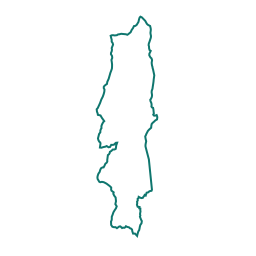 Teresina de Goiás, Goiás, Brazil (Robinson projection), rotated 351°
{"feature_id": "56859067B93645483356957", "entity_name": "Teresina de Goiás", "entity_type": "district", "adm_level": 2, "iso_a3": "BRA", "parent_name": "Brazil", "parent_adm1": "Goiás", "projection": "robinson", "projection_center": [-47.245, -13.693], "detail": "fine", "context": "isolated", "style": "outline", "palette": "teal", "viewbox_px": 256, "rotation_deg": 351, "n_neighbors": 0, "source": "geoboundaries", "source_scale": "gbopen_adm2", "svg_char_len": 3481}
<svg xmlns="http://www.w3.org/2000/svg" viewBox="0 0 256 256"><g transform="rotate(351 128 128)"><path d="M142.0,192.7L143.7,162.2L143.4,159.3L142.4,149.1L142.6,147.6L143.0,146.3L143.9,143.9L143.7,141.5L143.7,139.0L144.6,137.8L145.2,136.7L146.2,135.4L147.1,134.1L148.7,132.8L150.9,131.4L151.4,129.4L152.0,127.8L153.1,126.8L154.9,125.7L156.1,124.8L158.0,124.1L158.6,122.1L158.6,121.0L158.3,119.7L156.9,120.0L155.7,119.9L155.0,118.8L155.8,117.7L155.9,115.1L156.0,113.5L155.9,112.0L155.0,111.5L154.5,110.5L154.9,109.1L155.0,107.9L154.9,106.7L154.4,105.0L154.4,103.6L155.3,102.7L156.4,101.0L156.9,99.3L156.9,96.7L157.2,95.1L158.3,93.1L158.7,91.8L159.1,90.5L160.0,87.7L160.5,86.0L161.0,84.0L162.2,80.1L161.9,74.1L161.7,72.7L161.7,71.3L161.5,70.2L161.5,68.4L161.6,67.2L162.4,64.7L162.1,62.9L161.2,61.8L160.4,59.5L160.7,58.0L162.5,55.4L161.5,54.4L161.3,52.6L161.5,50.6L161.3,49.4L161.8,47.8L162.6,46.4L164.7,42.3L165.1,40.8L165.0,38.4L165.1,37.3L165.5,36.0L165.9,34.6L166.0,33.2L165.8,30.7L163.8,29.2L162.9,28.0L161.8,24.9L159.0,20.9L157.7,20.0L156.8,20.7L155.9,22.4L154.9,24.9L152.7,27.5L151.2,28.3L149.8,28.3L148.6,30.1L147.0,31.7L145.6,33.8L142.9,35.4L141.9,35.8L140.6,35.1L136.0,33.9L133.9,34.1L132.9,34.0L131.5,34.6L129.3,34.5L127.8,34.0L126.5,33.9L125.3,34.2L125.5,36.7L125.7,38.2L125.4,40.2L126.1,41.6L126.3,43.3L124.4,46.5L124.4,48.3L123.8,49.9L123.0,51.1L122.7,52.4L123.5,54.4L123.4,56.3L122.3,58.2L122.3,60.5L122.2,62.8L121.8,65.1L121.4,66.8L120.3,68.9L119.3,70.6L116.6,76.4L114.8,79.1L114.1,81.2L112.8,81.8L111.2,82.8L110.5,83.6L110.3,84.9L110.8,86.3L110.3,88.4L109.3,90.7L108.0,93.1L106.1,95.7L104.3,99.0L101.9,102.6L101.3,103.5L100.0,104.6L99.9,107.0L100.3,108.8L100.3,110.3L102.8,111.3L103.8,113.9L105.6,117.5L104.6,118.2L103.3,119.8L102.3,121.4L101.9,122.6L101.8,124.0L101.0,124.9L100.3,126.2L100.0,127.9L98.5,129.4L97.7,131.3L96.7,133.6L96.9,135.4L97.5,137.1L98.3,137.9L98.4,139.1L97.6,141.6L97.2,142.9L98.6,143.3L100.6,143.0L102.7,142.9L104.1,142.5L105.8,144.0L107.3,143.9L108.8,142.0L110.5,142.3L111.7,142.2L112.5,141.5L113.8,140.7L115.0,140.8L114.2,142.3L113.6,143.4L113.1,145.3L112.6,146.7L111.4,147.1L109.6,146.9L107.9,148.1L106.4,148.7L105.9,150.0L105.1,151.0L103.9,151.6L103.5,153.0L102.5,156.3L102.3,157.9L101.4,159.0L100.1,159.7L99.5,160.6L98.8,161.7L97.7,163.1L96.7,162.9L95.0,163.6L94.0,165.1L93.1,167.0L91.7,168.4L90.7,170.2L90.1,171.8L90.0,173.5L91.2,176.6L92.1,177.2L93.8,177.1L95.5,177.7L96.5,178.4L98.1,179.6L100.7,182.3L102.1,184.1L101.7,186.3L101.9,187.3L102.8,188.3L103.8,189.3L103.2,190.7L103.8,192.7L104.9,194.7L104.7,198.4L103.6,201.2L104.6,203.6L103.5,205.5L101.9,207.2L100.4,209.0L99.2,211.3L98.1,213.1L97.7,215.6L97.3,216.7L96.6,217.7L96.2,221.1L97.1,223.1L98.6,223.8L100.2,224.0L101.4,225.2L104.0,223.9L105.1,224.0L106.5,225.9L107.5,225.6L108.6,226.0L109.6,225.7L110.6,224.7L111.6,225.5L113.5,226.3L114.2,227.3L115.2,227.8L116.1,228.9L116.1,230.7L116.5,233.1L118.4,233.4L120.1,236.0L120.5,235.0L121.4,233.0L122.0,231.8L123.1,230.5L123.7,229.0L124.2,227.5L125.0,225.7L126.4,224.3L127.1,222.1L126.6,220.7L126.2,218.9L125.9,217.4L126.5,216.4L126.4,214.9L126.9,213.4L127.3,212.3L127.3,211.1L127.6,209.5L126.6,209.1L127.0,207.8L125.2,207.3L124.8,205.2L125.4,203.6L125.4,202.2L126.3,201.1L126.4,199.5L127.4,198.9L127.8,197.7L129.0,198.6L130.2,199.3L131.7,199.3L132.5,198.3L133.3,197.7L134.0,196.7L134.9,197.5L135.6,196.1L136.3,194.8L138.0,194.7L138.9,194.0L139.9,193.7L141.4,193.7L142.0,192.7Z" fill="none" stroke="#0f766e" stroke-width="2"/></g></svg>